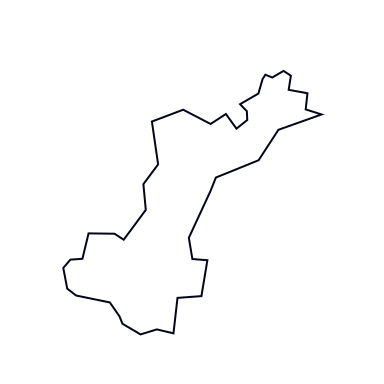 Altinkul, Andijon, Uzbekistan (Equal Earth projection), rotated 118°
{"feature_id": "79887680B88758805168239", "entity_name": "Altinkul", "entity_type": "district", "adm_level": 2, "iso_a3": "UZB", "parent_name": "Uzbekistan", "parent_adm1": "Andijon", "projection": "equal_earth", "projection_center": [72.13, 40.815], "detail": "fine", "context": "isolated", "style": "outline", "palette": "ink", "viewbox_px": 384, "rotation_deg": 118, "n_neighbors": 0, "source": "geoboundaries", "source_scale": "gbopen_adm2", "svg_char_len": 693}
<svg xmlns="http://www.w3.org/2000/svg" viewBox="0 0 384 384"><g transform="rotate(118 192 192)"><path d="M337.8,245.7L328.1,212.7L335.8,197.7L341.0,191.5L341.9,170.6L329.8,158.5L325.5,142.0L292.3,155.1L279.5,134.8L245.0,146.4L251.0,160.2L233.9,173.3L182.7,176.1L168.0,177.7L132.7,148.1L96.5,144.9L62.7,114.0L65.7,130.4L50.6,136.4L56.4,154.6L42.9,159.3L42.1,168.0L53.2,174.9L54.0,182.3L59.1,182.7L73.9,179.6L91.9,190.8L94.9,181.5L102.5,177.0L115.2,182.5L107.2,198.7L123.2,207.5L123.5,238.4L148.6,260.5L183.5,234.9L207.9,238.6L229.5,224.4L266.2,229.9L265.2,240.8L277.1,263.9L302.4,257.4L308.8,267.6L319.5,270.0L335.9,256.8L337.8,245.7Z" fill="none" stroke="#020617" stroke-width="2"/></g></svg>